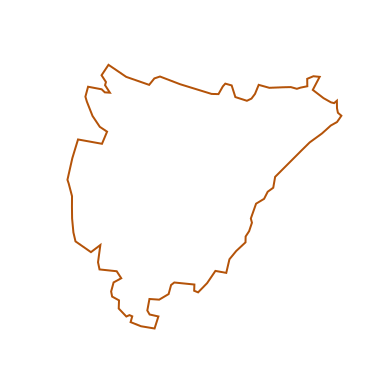 Pastdargom, Samarkand, Uzbekistan, rotated 104°
{"feature_id": "79887680B34073464647672", "entity_name": "Pastdargom", "entity_type": "district", "adm_level": 2, "iso_a3": "UZB", "parent_name": "Uzbekistan", "parent_adm1": "Samarkand", "projection": "albers", "projection_center": [66.66, 39.68], "detail": "fine", "context": "isolated", "style": "outline", "palette": "amber", "viewbox_px": 384, "rotation_deg": 104, "n_neighbors": 0, "source": "geoboundaries", "source_scale": "gbopen_adm2", "svg_char_len": 1377}
<svg xmlns="http://www.w3.org/2000/svg" viewBox="0 0 384 384"><g transform="rotate(104 192 192)"><path d="M268.1,293.1L274.8,275.5L265.6,268.1L282.9,266.2L289.5,263.0L288.3,254.4L287.1,245.9L292.8,239.8L298.7,246.2L308.1,246.4L312.8,244.2L314.8,236.6L322.8,234.9L328.7,225.6L326.6,222.9L327.1,219.9L333.1,220.1L334.6,209.1L333.5,195.3L320.9,194.5L321.1,203.5L317.8,206.7L306.1,207.4L304.4,197.8L296.7,190.0L287.3,189.8L284.1,187.3L281.2,167.3L287.3,166.0L287.9,161.8L276.8,155.3L262.9,150.2L262.2,139.2L248.2,139.4L238.5,134.8L227.9,127.9L222.2,129.2L216.2,127.1L207.3,126.4L203.5,128.5L187.8,127.0L181.2,120.4L173.4,118.6L168.2,114.2L157.2,115.0L125.2,95.8L115.4,89.8L103.7,80.0L93.9,73.4L89.0,68.2L81.9,65.5L79.8,69.6L75.6,71.6L68.4,73.5L71.4,75.6L71.4,78.8L69.1,87.1L63.7,99.5L49.4,96.0L50.3,102.2L54.3,107.6L61.5,105.7L64.5,112.0L66.5,115.2L66.3,121.5L68.3,128.8L72.2,142.2L71.9,153.2L81.6,154.6L87.0,156.9L90.2,160.8L89.4,172.9L79.0,179.3L78.8,185.9L82.0,187.6L90.6,190.0L92.1,196.7L90.3,229.6L87.7,251.0L90.9,256.0L98.4,259.5L96.2,283.7L88.8,303.8L100.6,308.0L106.1,302.1L109.4,302.2L115.5,295.7L116.4,300.7L114.2,304.5L115.0,318.3L125.3,318.5L129.7,315.9L142.3,306.9L151.1,297.2L154.0,289.0L167.0,291.0L168.6,315.3L188.1,316.3L210.3,315.8L213.6,313.7L225.1,307.4L235.4,304.9L246.8,301.9L259.9,297.3L268.1,293.1Z" fill="none" stroke="#b45309" stroke-width="2"/></g></svg>